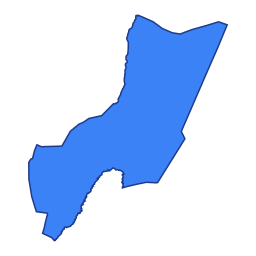 Choibalsan, Dornod, Mongolia
{"feature_id": "93677404B46281126061299", "entity_name": "Choibalsan", "entity_type": "district", "adm_level": 2, "iso_a3": "MNG", "parent_name": "Mongolia", "parent_adm1": "Dornod", "projection": "albers", "projection_center": [115.229, 48.891], "detail": "fine", "context": "isolated", "style": "filled", "palette": "blue", "viewbox_px": 256, "rotation_deg": 0, "n_neighbors": 0, "source": "geoboundaries", "source_scale": "gbopen_adm2", "svg_char_len": 5275}
<svg xmlns="http://www.w3.org/2000/svg" viewBox="0 0 256 256"><path d="M157.7,182.5L157.7,182.4L167.5,166.7L184.9,138.8L181.3,131.4L191.0,109.0L204.3,78.3L211.2,62.5L217.6,48.0L227.2,24.8L218.6,21.8L206.2,25.6L191.9,29.6L180.2,34.0L172.3,32.8L162.3,28.5L153.2,21.8L143.6,17.5L138.5,15.4L138.5,15.7L138.1,16.0L137.8,16.0L137.6,16.0L136.9,15.4L136.7,15.4L136.2,15.5L135.9,15.8L135.8,16.0L135.9,16.9L135.7,17.8L136.0,18.7L135.9,18.9L134.8,20.0L134.7,20.3L134.6,21.2L134.5,21.5L134.2,21.9L133.8,22.3L133.0,23.6L132.6,25.7L132.1,27.2L131.8,27.7L131.4,28.2L131.2,28.3L130.3,28.7L129.7,29.1L129.4,29.4L129.0,30.0L128.9,30.3L128.6,32.2L128.0,33.8L127.4,36.3L126.8,38.1L126.7,38.4L127.5,40.7L127.7,41.0L128.0,41.3L128.2,42.0L128.3,42.4L128.3,45.6L128.2,49.4L128.0,51.5L127.9,53.2L127.7,54.0L127.4,54.6L126.4,55.8L126.2,56.2L126.0,56.7L126.0,57.2L126.1,58.7L126.0,59.6L126.2,60.0L127.2,61.0L127.3,61.3L127.4,61.6L127.4,62.0L127.1,62.5L126.9,62.7L126.0,63.3L125.7,63.5L125.4,64.5L125.5,66.0L125.8,66.6L126.1,67.3L126.1,67.7L125.8,68.5L125.4,69.2L125.1,69.9L125.0,70.5L125.2,73.3L124.8,74.0L124.7,74.3L124.9,74.9L124.9,75.3L124.4,78.0L124.3,79.4L124.2,80.2L124.8,84.0L124.9,84.8L124.6,85.4L124.2,85.8L123.5,87.7L123.2,88.2L122.6,88.9L122.5,89.2L121.8,91.0L120.8,93.1L120.7,93.3L120.7,94.4L120.5,94.7L119.8,96.0L118.2,99.1L118.2,99.8L118.3,100.5L118.4,100.8L118.4,101.2L118.2,101.8L117.2,102.7L115.3,103.5L114.9,104.0L113.5,103.7L101.7,115.6L88.9,118.5L83.1,122.4L78.9,124.2L70.4,131.2L61.9,146.1L41.4,146.7L36.9,144.8L34.5,150.7L32.5,158.6L30.9,159.0L28.8,162.3L28.9,179.3L31.8,196.8L35.4,208.6L36.4,211.7L46.8,213.1L47.6,213.9L45.6,221.4L44.1,228.4L42.6,233.3L51.7,237.6L54.3,240.6L55.2,240.4L55.2,239.8L55.3,239.8L55.8,239.6L56.0,239.3L56.3,239.2L56.4,238.8L57.8,237.7L57.8,237.0L58.1,236.4L59.6,235.4L61.2,233.7L61.4,233.4L61.5,233.1L61.5,232.7L61.3,232.3L61.4,231.8L62.0,231.8L62.1,231.6L62.4,230.9L62.9,229.9L63.1,229.6L63.5,229.5L64.2,229.1L64.3,228.7L64.1,228.1L64.2,227.9L64.4,227.5L64.6,227.3L64.8,227.1L65.2,227.1L65.7,227.2L66.3,227.6L66.7,227.6L67.1,227.0L67.4,226.9L67.9,227.0L68.1,227.0L68.6,226.7L69.3,226.7L69.6,226.6L69.9,226.3L70.4,226.2L70.7,226.0L71.2,225.4L72.0,224.4L72.6,224.3L73.1,223.9L73.5,223.3L73.4,222.5L74.1,222.4L74.3,222.0L74.4,221.5L74.5,221.1L74.7,220.7L75.1,220.4L74.7,219.8L74.8,219.7L75.4,219.2L75.6,218.9L76.0,218.5L76.1,218.0L76.3,217.5L76.2,217.1L76.1,216.7L76.4,216.3L76.3,216.2L76.6,215.9L77.6,214.7L77.9,214.1L77.8,213.5L77.9,213.3L78.1,213.1L78.5,213.0L79.6,213.4L80.1,213.2L80.1,212.9L80.0,212.5L80.0,212.3L81.4,211.3L82.0,210.7L81.9,210.3L81.4,210.1L81.7,209.9L81.7,209.7L81.4,209.5L81.3,209.3L81.6,209.0L81.7,208.8L81.7,208.7L81.2,208.6L81.1,208.4L81.5,208.2L81.3,207.3L81.2,206.5L81.0,206.1L81.0,205.9L81.2,205.7L81.5,205.6L81.6,205.2L82.2,205.0L82.5,205.0L82.8,204.8L82.8,204.6L82.6,204.3L83.0,204.2L82.6,203.8L83.0,203.7L83.0,203.1L83.2,202.8L83.1,202.3L83.2,202.2L83.9,201.9L83.8,201.6L83.8,201.1L84.0,201.0L84.5,201.3L84.7,201.1L84.7,200.9L84.8,200.8L85.0,200.8L84.6,200.3L84.7,200.1L84.9,200.0L84.9,199.8L84.5,200.0L84.3,199.9L84.3,199.7L84.9,199.1L85.3,198.8L85.4,198.3L85.6,198.0L85.6,197.5L85.9,197.8L86.1,197.7L85.9,197.1L85.9,196.9L86.6,196.8L86.7,196.6L86.4,196.0L86.4,195.7L86.6,195.1L86.8,194.5L87.2,193.9L87.3,193.6L87.7,193.2L88.1,193.1L88.3,193.2L88.3,192.9L89.1,192.8L89.4,192.7L90.5,191.6L91.0,190.9L91.1,190.5L91.1,190.3L90.7,189.6L90.9,189.0L91.0,188.8L91.1,188.6L91.5,188.7L92.3,187.9L92.4,187.6L92.1,187.4L92.0,187.0L92.3,186.8L92.5,186.2L92.9,186.2L92.6,185.9L92.6,185.7L93.2,185.4L93.3,184.9L93.5,184.5L94.2,184.4L94.5,184.2L94.6,183.8L94.5,183.3L95.3,182.2L95.5,181.6L96.0,181.3L96.6,180.8L97.0,180.2L97.4,179.9L97.5,179.6L97.9,179.1L98.2,179.2L98.3,179.1L98.3,178.9L98.0,178.7L98.2,178.4L98.7,177.9L98.7,177.7L98.1,177.7L98.6,177.4L99.0,177.3L99.0,177.2L99.4,177.1L99.6,177.1L99.7,176.7L99.6,176.1L99.7,175.9L100.8,175.5L101.4,174.9L102.0,174.5L102.1,174.2L101.9,173.8L101.8,173.1L102.6,172.4L102.9,172.1L103.2,171.5L103.4,171.4L103.7,171.3L104.0,171.6L104.7,171.4L105.3,171.4L105.6,171.1L105.9,171.1L106.4,171.2L106.7,171.2L107.8,170.9L107.8,170.6L107.7,170.4L107.8,170.3L108.0,170.4L108.2,170.5L108.2,170.2L108.4,170.4L108.6,170.4L108.7,170.1L108.8,170.1L109.0,170.4L109.2,170.7L109.8,170.8L110.1,170.5L110.2,170.2L110.5,169.8L111.2,169.6L111.5,169.4L112.0,168.7L112.2,168.2L112.5,168.0L113.3,168.2L113.9,168.2L114.4,168.3L114.8,168.9L115.3,169.3L115.7,169.9L116.2,169.9L116.8,169.6L117.0,169.6L118.2,169.9L118.5,170.2L118.8,170.4L119.3,170.4L119.8,170.3L120.2,170.5L120.6,170.4L122.0,171.3L122.6,171.8L122.9,172.1L123.2,172.9L123.8,173.5L123.9,173.8L124.1,174.0L123.3,174.5L123.0,174.5L122.5,174.4L122.3,174.4L122.3,174.5L122.5,174.6L122.4,175.1L122.9,175.2L123.0,176.2L123.1,176.5L123.1,176.9L123.1,177.0L123.2,177.3L122.9,177.5L123.0,177.8L122.9,177.8L122.3,178.7L122.3,179.5L122.7,179.6L122.9,179.8L123.0,180.1L123.0,180.4L122.8,180.7L121.9,181.7L121.8,182.0L122.1,182.4L122.3,182.9L122.7,182.5L122.9,182.5L123.1,182.8L123.1,183.2L123.3,183.4L123.3,183.6L123.3,183.9L123.0,184.4L123.0,185.0L123.1,185.7L123.0,186.4L122.8,186.7L122.4,186.9L122.3,187.1L122.4,187.4L122.8,187.5L122.7,187.8L126.7,186.6L136.0,184.4L146.3,182.3L156.3,182.8L157.7,182.5Z" fill="#3b82f6" stroke="#1e3a8a" stroke-width="1.5"/></svg>